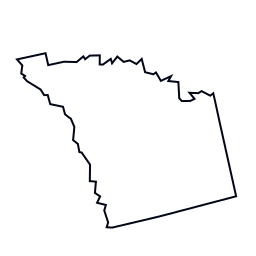 Sevier, Arkansas, United States of America, rotated 166°
{"feature_id": "52423323B63638786048943", "entity_name": "Sevier", "entity_type": "district", "adm_level": 2, "iso_a3": "USA", "parent_name": "United States of America", "parent_adm1": "Arkansas", "projection": "albers", "projection_center": [-94.206, 33.972], "detail": "fine", "context": "isolated", "style": "outline", "palette": "ink", "viewbox_px": 256, "rotation_deg": 166, "n_neighbors": 0, "source": "geoboundaries", "source_scale": "gbopen_adm2", "svg_char_len": 993}
<svg xmlns="http://www.w3.org/2000/svg" viewBox="0 0 256 256"><g transform="rotate(166 128 128)"><path d="M36.9,141.0L40.4,139.5L47.7,146.0L51.4,144.8L59.8,147.3L56.4,140.2L61.0,139.2L69.2,141.1L71.1,144.4L68.0,160.4L77.5,163.8L73.7,167.9L84.7,165.8L87.4,175.1L90.4,174.0L97.9,178.0L98.0,191.7L104.3,188.0L110.0,193.2L116.2,193.2L121.1,199.9L127.8,194.6L128.0,199.2L137.1,195.6L140.1,196.5L137.8,205.3L147.6,207.5L153.0,205.1L154.0,208.3L161.9,204.4L174.1,207.8L190.2,208.3L189.9,220.5L219.1,221.4L215.4,214.3L218.4,206.7L215.3,203.4L217.0,202.3L214.6,197.8L203.5,186.5L201.4,180.2L197.9,179.4L197.7,170.0L185.9,164.3L185.8,156.6L182.8,152.6L181.2,150.9L179.8,142.0L184.2,129.5L180.5,124.7L181.0,116.4L178.9,115.4L173.7,101.6L177.9,85.7L172.1,83.7L175.8,73.0L171.6,68.4L176.1,62.9L168.1,58.7L171.0,53.7L170.1,41.2L172.7,36.9L167.5,35.2L119.3,34.6L118.9,34.6L39.6,35.6L37.8,106.7L37.8,106.8L37.8,107.7L37.0,134.0L37.0,135.5L36.9,141.0Z" fill="none" stroke="#020617" stroke-width="2"/></g></svg>